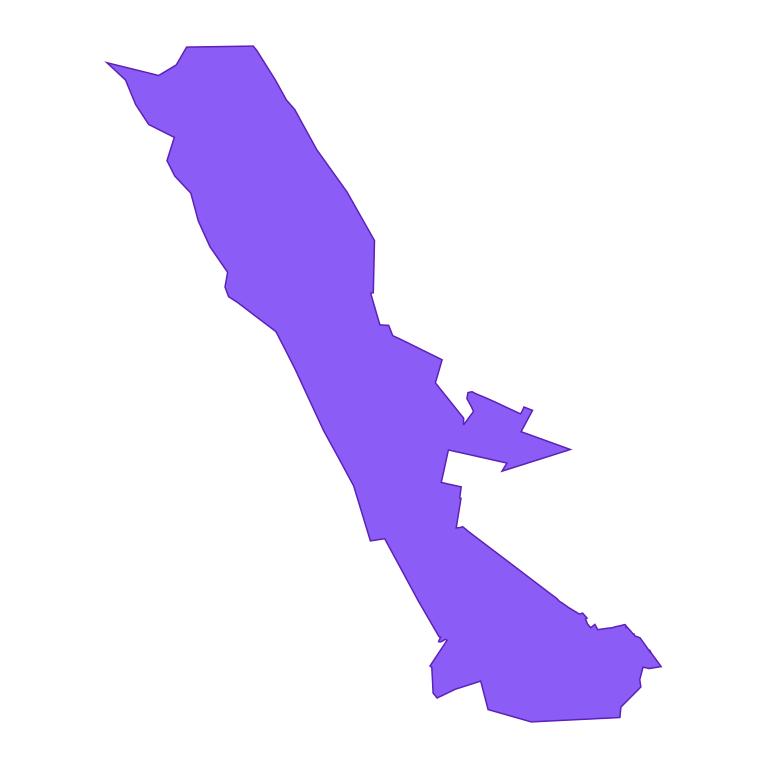 Nadadores, Coahuila, Mexico
{"feature_id": "50627088B48851178167120", "entity_name": "Nadadores", "entity_type": "district", "adm_level": 2, "iso_a3": "MEX", "parent_name": "Mexico", "parent_adm1": "Coahuila", "projection": "albers", "projection_center": [-101.682, 27.231], "detail": "fine", "context": "isolated", "style": "filled", "palette": "violet", "viewbox_px": 768, "rotation_deg": 0, "n_neighbors": 0, "source": "geoboundaries", "source_scale": "gbopen_adm2", "svg_char_len": 2522}
<svg xmlns="http://www.w3.org/2000/svg" viewBox="0 0 768 768"><path d="M106.9,62.7L125.5,80.0L135.7,104.6L148.7,124.5L174.3,137.4L167.0,160.6L174.8,176.1L190.8,193.1L198.3,221.0L210.0,246.8L227.6,272.3L225.0,287.0L228.6,296.7L237.6,302.5L255.7,316.3L272.9,329.3L276.0,331.7L284.9,349.0L295.2,369.3L303.5,387.3L319.7,422.2L323.7,430.8L338.4,457.6L353.1,484.9L353.7,486.0L370.4,540.9L374.3,540.3L384.7,538.7L419.1,602.4L419.5,603.0L439.0,636.6L440.5,637.2L438.6,641.6L440.1,642.0L442.6,641.0L444.1,640.0L444.9,639.4L445.2,639.4L447.1,640.2L430.0,666.0L431.8,667.4L432.8,686.6L432.8,687.9L432.9,688.7L433.1,693.1L437.1,698.0L455.4,689.2L463.6,686.6L480.7,681.1L488.1,709.6L531.3,721.9L577.4,719.6L590.5,719.0L601.8,718.4L605.4,718.3L619.9,717.5L620.9,707.1L635.7,692.2L636.5,691.5L640.9,686.9L640.8,686.5L639.9,680.7L639.7,679.9L640.0,678.7L642.9,667.6L643.0,667.2L646.0,667.8L649.4,668.6L650.7,668.3L661.1,666.6L656.3,659.9L651.6,653.6L650.0,650.8L649.8,651.6L641.4,639.7L640.0,637.8L636.0,636.3L635.0,636.0L633.9,633.9L633.3,633.9L633.1,633.9L632.7,633.5L632.2,632.9L631.7,632.3L631.3,631.8L630.8,631.2L630.2,630.6L629.8,630.0L629.3,629.5L628.7,628.9L628.2,628.3L627.7,627.8L627.3,627.3L627.1,627.1L625.9,627.4L626.1,625.7L625.1,624.6L624.8,624.6L622.5,625.1L620.3,625.8L620.2,625.7L614.1,627.1L612.6,627.7L609.7,628.0L605.6,628.5L599.4,629.4L597.8,629.7L594.9,624.4L590.7,627.7L588.0,624.5L587.5,624.0L586.9,622.4L585.5,618.9L587.0,618.1L582.6,613.1L579.4,614.1L570.7,608.8L568.3,607.4L563.1,603.6L559.4,601.3L556.8,598.5L556.5,598.3L549.8,593.3L495.5,552.0L495.3,551.8L494.9,551.6L467.4,530.7L465.9,529.3L462.6,526.7L461.2,527.2L460.1,527.5L458.6,527.7L457.7,527.8L456.2,528.0L460.9,498.9L461.0,498.3L459.7,498.0L461.2,486.9L455.4,485.6L446.3,483.6L441.2,482.4L442.3,477.9L448.4,450.0L463.3,453.3L503.4,462.3L503.5,462.3L506.9,463.1L504.9,466.4L504.7,466.7L504.6,466.8L502.0,471.2L570.3,449.5L521.1,431.7L532.5,410.4L524.0,407.0L521.7,412.0L520.5,413.9L490.5,399.9L475.4,393.5L472.0,391.7L470.9,392.0L470.4,392.1L469.5,392.3L468.8,392.3L467.9,392.7L466.9,398.6L471.3,406.6L473.5,411.5L463.9,424.4L463.5,424.2L463.7,418.2L463.0,417.3L458.9,412.3L455.5,408.0L452.8,404.6L435.4,382.9L442.1,359.8L400.6,339.3L393.0,335.8L392.6,335.4L388.7,325.4L382.2,325.0L379.9,324.8L377.4,316.4L370.7,293.2L370.9,292.9L373.3,292.8L374.5,240.6L347.1,192.1L316.7,149.6L294.7,109.5L286.4,100.0L275.3,79.9L256.9,50.6L253.2,46.1L192.6,47.0L186.6,47.1L176.3,64.9L158.6,75.5L106.9,62.7Z" fill="#8b5cf6" stroke="#5b21b6" stroke-width="1.5"/></svg>